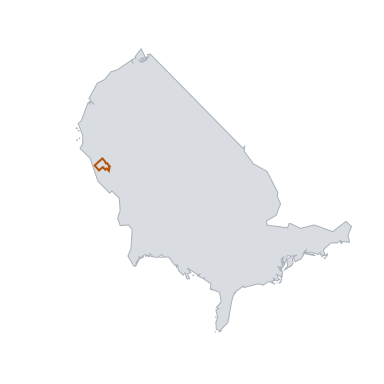 location of Maricopa, Arizona, United States of America, rotated 47°
{"feature_id": "52423323B41946106713870", "entity_name": "Maricopa", "entity_type": "district", "adm_level": 2, "iso_a3": "USA", "parent_name": "United States of America", "parent_adm1": "Arizona", "projection": "albers", "projection_center": [-111.877, 33.277], "detail": "fine", "context": "in_parent", "style": "outline", "palette": "amber", "viewbox_px": 384, "rotation_deg": 47, "n_neighbors": 0, "source": "geoboundaries", "source_scale": "gbopen_adm2", "svg_char_len": 4530}
<svg xmlns="http://www.w3.org/2000/svg" viewBox="0 0 384 384"><g transform="rotate(47 192 192)"><path d="M299.5,125.0L316.9,116.2L318.6,99.4L326.1,98.9L329.9,107.2L336.2,111.1L330.3,116.2L330.6,117.9L328.6,116.4L328.3,120.6L324.0,125.2L323.8,135.2L328.3,137.7L330.2,136.3L329.0,135.0L330.0,135.4L330.9,137.2L325.4,140.9L323.5,139.4L323.9,142.3L317.3,145.7L313.3,151.2L313.1,149.0L312.2,147.9L312.5,153.1L314.2,153.4L315.2,157.6L313.5,164.1L308.6,162.3L309.7,158.2L307.9,161.4L310.2,164.6L312.5,166.1L313.6,168.3L312.0,178.4L311.5,172.6L306.2,168.9L306.7,162.8L303.7,165.6L307.7,173.0L303.4,171.8L302.3,172.5L302.5,169.7L302.2,169.0L301.7,171.3L302.2,172.9L308.5,174.1L307.8,175.9L304.5,174.0L303.5,173.9L307.5,176.1L309.0,176.3L309.0,178.6L306.8,177.6L310.4,179.7L309.9,180.3L308.1,179.2L304.6,179.7L309.7,181.1L312.2,180.1L317.3,186.4L313.1,181.6L315.0,185.0L309.9,186.0L314.6,188.3L316.0,186.7L314.9,190.7L309.9,191.2L313.3,191.9L311.4,194.4L314.7,194.6L309.7,197.1L308.6,203.4L304.1,206.5L297.4,219.1L295.8,218.5L294.7,228.5L295.0,230.7L298.6,237.0L311.9,254.7L312.5,266.0L308.9,267.8L303.5,263.3L301.4,258.8L294.5,254.9L295.6,252.0L293.0,252.8L292.2,245.5L284.1,240.3L275.0,244.5L272.2,240.8L262.8,242.8L263.6,240.9L262.3,242.9L258.2,244.7L257.4,241.5L257.2,243.9L244.4,247.4L250.2,247.8L248.9,251.1L253.8,253.0L252.0,255.0L246.4,252.2L246.7,255.3L240.0,255.3L235.7,252.3L233.8,254.6L223.8,253.4L219.0,258.5L220.2,257.1L217.1,256.5L216.4,261.9L211.0,266.1L212.2,264.9L208.3,264.9L209.9,266.5L205.7,269.3L204.8,275.2L202.6,274.5L204.6,275.8L205.6,281.0L207.9,283.8L206.7,285.1L195.2,282.6L191.8,275.3L178.6,261.3L172.7,261.0L167.6,267.5L160.4,264.1L156.7,257.3L147.1,249.5L136.6,249.9L136.7,253.0L119.8,253.4L98.0,243.5L83.8,244.2L82.0,238.8L76.3,233.4L64.2,228.5L64.5,224.7L55.7,206.9L56.2,205.2L58.0,207.6L57.0,203.8L61.4,203.9L53.3,203.5L47.8,187.1L50.2,178.9L48.8,169.3L51.6,163.5L54.4,146.5L58.1,147.4L54.0,146.0L55.7,141.5L54.2,141.4L52.6,131.6L61.7,134.2L59.4,139.1L62.8,135.8L62.1,140.0L59.8,140.8L61.4,141.2L63.3,139.6L64.3,135.4L62.3,128.5L194.9,124.9L194.6,122.4L197.8,126.1L213.4,127.9L228.0,123.1L251.1,129.6L252.8,132.4L261.0,135.2L266.4,146.3L264.1,157.3L267.3,159.7L283.4,146.6L281.3,142.5L282.7,141.2L292.5,137.6L299.5,125.0ZM320.1,146.8L322.9,145.1L313.4,152.0L320.8,145.2L320.1,146.8ZM62.6,132.7L63.6,135.5L63.5,135.9L62.0,133.7L62.6,132.7ZM207.6,283.0L205.5,278.6L205.2,276.0L205.8,278.7L207.6,283.0ZM331.1,116.2L331.6,117.5L331.0,117.5L331.1,116.2ZM236.0,253.6L236.5,254.6L235.3,254.0L236.0,253.6ZM68.7,233.2L70.2,232.7L70.3,232.9L68.7,233.2ZM67.2,232.7L66.6,233.4L66.2,232.7L67.2,232.7ZM328.2,140.0L327.7,141.1L327.4,141.0L328.2,140.0ZM205.7,273.5L205.2,275.7L206.6,271.4L205.7,273.5ZM307.7,248.8L310.3,252.3L307.4,248.5L307.7,248.8ZM75.8,237.1L76.3,238.3L75.7,237.2L75.8,237.1ZM313.3,266.4L312.5,268.1L313.6,264.8L313.3,266.4ZM318.5,188.7L317.9,190.6L317.5,186.7L318.5,188.7ZM61.6,130.4L61.5,131.1L61.0,130.7L61.6,130.4ZM210.1,267.3L208.1,268.5L210.1,267.0L210.1,267.3ZM331.2,139.2L331.5,140.1L330.5,140.3L331.2,139.2ZM75.6,240.2L76.0,241.6L75.4,240.4L75.6,240.2ZM207.7,269.4L207.0,270.0L207.6,269.1L207.7,269.4ZM313.7,170.1L313.2,172.6L313.6,169.3L313.7,170.1ZM218.5,259.5L217.3,260.5L219.0,258.8L218.5,259.5ZM295.3,229.4L295.5,231.1L295.0,230.0L295.3,229.4ZM315.2,194.7L314.9,195.1L315.7,193.5L315.2,194.7ZM278.3,243.2L276.9,244.5L276.2,244.5L278.3,243.2ZM257.5,244.5L257.3,244.9L256.3,245.0L257.5,244.5ZM299.7,259.5L300.2,260.6L299.3,259.3L299.7,259.5ZM253.9,247.8L253.9,248.9L253.4,247.0L253.9,247.8ZM310.4,270.3L309.6,270.7L310.7,270.0L310.4,270.3ZM315.2,158.4L315.0,159.6L315.2,157.9L315.2,158.4ZM317.0,191.3L316.6,191.8L317.0,191.3Z" fill="#d9dde1" stroke="#a8b0b8" stroke-width="1"/><path d="M106.2,239.0L106.2,241.5L106.2,243.3L106.2,245.1L111.1,245.2L112.8,245.2L112.8,243.9L112.9,241.1L112.9,240.0L112.8,239.5L112.9,239.8L113.2,239.9L113.4,240.1L113.5,240.1L113.5,240.3L114.7,240.3L115.5,240.3L115.9,240.3L116.2,240.3L116.5,240.3L116.5,240.2L116.5,239.8L116.5,239.1L116.5,238.6L117.3,238.5L119.7,238.4L119.5,238.2L119.0,237.0L118.8,237.1L118.7,237.3L118.6,237.5L118.4,237.3L118.2,237.1L117.9,236.9L117.9,236.7L117.6,236.5L117.6,236.3L117.7,236.1L117.7,235.9L117.6,235.7L117.5,235.3L117.4,235.2L117.3,235.3L117.2,235.3L117.3,235.1L117.2,235.0L117.3,234.8L117.3,234.7L117.1,234.7L115.6,234.7L114.8,234.6L113.1,234.4L113.1,234.5L112.9,234.8L112.6,235.1L112.7,235.3L112.4,235.5L111.6,235.3L109.7,234.7L106.3,234.7L106.3,237.7L106.2,239.0Z" fill="none" stroke="#b45309" stroke-width="2"/></g></svg>